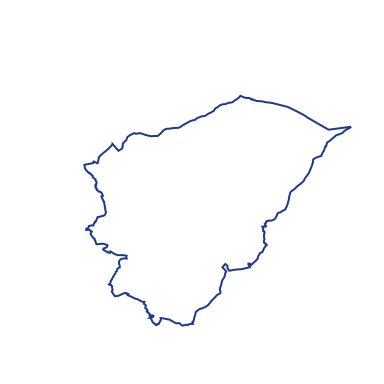 outline of Bengesti-Ciocadia, Gorj, Romania, rotated 209°
{"feature_id": "2599482B44162004756162", "entity_name": "Bengesti-Ciocadia", "entity_type": "district", "adm_level": 2, "iso_a3": "ROU", "parent_name": "Romania", "parent_adm1": "Gorj", "projection": "orthographic", "projection_center": [23.617, 45.092], "detail": "fine", "context": "isolated", "style": "outline", "palette": "blue", "viewbox_px": 384, "rotation_deg": 209, "n_neighbors": 0, "source": "geoboundaries", "source_scale": "gbopen_adm2", "svg_char_len": 5990}
<svg xmlns="http://www.w3.org/2000/svg" viewBox="0 0 384 384"><g transform="rotate(209 192 192)"><path d="M196.3,299.6L196.4,298.6L197.0,296.8L197.9,294.6L199.2,292.5L199.6,291.6L199.9,290.4L200.8,289.5L203.5,287.5L205.2,285.3L208.1,283.2L209.7,281.3L210.4,279.3L212.1,276.4L212.3,273.6L214.2,270.2L215.1,269.3L215.8,268.1L217.1,265.5L218.1,264.3L219.6,263.3L221.0,262.0L223.8,258.3L223.9,257.3L224.1,256.9L227.9,253.2L229.2,250.9L231.0,248.4L231.6,247.1L232.2,246.4L233.6,243.5L234.9,241.6L239.7,238.7L241.0,237.5L243.1,236.0L244.3,235.4L245.3,234.5L246.1,233.3L246.9,231.6L247.9,227.5L248.4,226.6L248.6,225.5L249.3,224.2L252.4,222.6L254.5,221.0L255.9,220.7L257.0,220.2L258.2,220.0L260.6,219.3L262.6,219.0L265.8,218.3L267.2,217.6L267.9,216.7L268.7,216.1L269.8,215.6L271.2,215.5L272.3,213.7L273.6,212.1L275.1,208.7L275.1,207.9L274.6,205.6L274.6,205.0L275.3,203.8L275.4,202.5L276.1,200.9L275.9,200.5L274.8,198.9L275.0,198.4L274.9,198.1L274.7,197.5L274.1,196.8L274.3,195.9L276.3,192.4L284.9,195.5L284.7,195.0L284.7,194.5L285.1,192.8L285.6,191.2L285.8,190.0L287.2,186.2L289.0,181.8L289.8,179.4L290.3,176.9L289.8,176.2L288.5,171.5L289.6,171.2L291.8,171.2L292.8,171.0L292.4,169.4L299.3,163.6L297.2,160.9L295.8,160.1L295.1,159.6L294.0,159.6L293.0,159.0L291.6,158.8L291.3,158.8L291.0,159.2L290.8,159.1L290.7,158.6L288.7,158.6L288.5,158.3L287.9,158.3L287.7,158.0L286.6,157.9L286.3,157.2L285.4,156.9L285.2,156.6L282.5,156.2L282.4,155.8L281.7,155.3L281.4,154.9L280.1,154.3L279.8,153.5L279.9,152.9L279.6,152.3L279.6,152.0L279.3,151.7L279.7,151.3L279.2,151.0L279.2,150.5L279.3,149.9L279.2,149.7L278.9,149.7L277.4,149.0L277.3,148.4L276.7,148.5L276.1,148.1L275.8,147.5L275.5,147.6L274.6,147.5L273.9,147.1L272.7,147.7L272.4,147.5L271.2,147.6L270.2,147.1L268.0,145.4L268.4,144.6L269.0,144.2L267.7,143.0L265.8,141.8L265.1,141.2L264.6,140.6L264.2,140.8L258.7,133.8L257.8,133.2L257.6,132.9L257.2,131.4L257.1,129.8L257.4,129.4L257.6,128.7L257.9,128.3L259.1,127.4L259.9,126.3L260.8,125.7L261.3,124.9L262.4,124.3L262.0,121.5L261.9,118.9L262.5,118.8L262.3,115.6L262.0,114.8L263.4,114.3L265.7,112.2L265.7,111.9L265.3,110.9L265.3,110.6L265.6,109.9L266.7,108.5L266.6,108.2L266.0,107.4L265.8,107.5L264.9,108.5L263.8,109.1L263.2,108.9L262.3,109.0L262.1,109.2L261.9,109.2L261.8,108.9L261.4,108.5L260.4,108.6L260.6,106.8L260.0,105.8L258.8,105.2L257.7,104.8L256.2,103.9L254.7,103.9L254.1,103.5L254.1,103.1L252.8,102.4L251.8,101.2L250.3,100.1L249.6,100.3L246.8,102.4L244.2,103.8L240.4,104.5L240.0,104.4L239.7,102.8L240.4,101.6L242.1,99.5L242.0,99.1L241.6,98.6L241.0,98.4L236.6,98.4L236.7,98.8L236.4,98.9L234.3,98.8L234.3,99.9L234.5,100.5L229.8,100.2L226.5,100.7L221.6,103.4L218.3,104.5L218.1,103.6L217.6,102.8L216.9,102.2L219.4,100.8L220.8,99.8L221.8,98.5L222.2,96.6L222.1,95.8L221.3,94.3L220.8,93.7L219.4,92.4L218.6,91.0L219.2,90.4L220.0,88.5L219.4,86.8L219.5,86.2L220.0,85.2L219.5,84.0L219.8,82.4L219.7,80.9L219.9,79.3L219.7,76.9L219.8,75.8L220.0,75.1L219.5,73.8L219.4,73.1L219.6,71.6L219.8,70.9L218.8,70.9L217.8,71.5L216.3,70.9L216.1,70.3L214.1,68.0L213.8,67.2L214.0,66.2L211.5,64.6L208.8,63.5L206.2,65.4L202.6,70.2L201.3,71.5L198.9,71.9L198.7,71.9L199.2,71.2L199.1,70.8L198.0,70.7L197.5,70.6L196.1,70.9L190.0,71.2L186.9,72.0L186.1,71.8L182.8,71.9L181.7,72.1L180.4,72.8L180.0,70.9L178.8,70.9L177.3,70.4L177.0,68.7L176.7,68.0L176.5,67.8L176.0,67.9L175.8,67.6L174.4,67.6L174.2,67.1L173.2,66.5L173.5,65.5L169.9,64.8L169.2,63.3L167.2,64.8L165.8,65.1L165.5,63.6L166.4,63.1L167.5,63.0L167.6,62.2L167.9,61.5L167.4,61.8L167.1,61.7L165.9,61.0L163.5,59.2L162.1,58.8L160.5,58.7L160.1,58.3L158.8,58.3L158.3,58.6L158.5,59.3L158.3,59.8L157.1,60.5L156.9,61.0L157.3,62.4L157.2,64.3L157.3,65.3L157.6,65.8L158.3,66.5L156.5,67.4L152.6,68.5L150.0,69.5L142.7,69.4L141.8,69.7L140.2,70.8L139.1,71.1L136.6,70.5L135.6,70.5L134.3,71.5L132.9,73.0L131.0,73.7L130.2,75.2L129.5,75.9L127.2,77.1L127.8,77.7L128.2,77.8L128.7,78.8L128.5,79.1L128.0,79.3L128.4,80.6L128.4,81.1L128.5,81.6L129.1,83.0L129.3,84.5L130.0,87.5L130.5,88.5L130.4,89.2L130.2,90.0L129.3,91.7L129.2,92.3L128.8,93.1L127.1,94.8L124.9,97.4L123.5,99.9L123.3,100.7L123.0,101.4L122.0,107.0L121.5,108.3L120.1,114.1L118.4,116.8L118.2,117.7L118.4,118.2L120.5,120.4L120.9,121.6L121.4,124.3L122.0,126.9L122.5,128.0L122.7,130.0L122.4,132.9L122.6,133.6L122.7,134.8L123.5,137.1L123.6,137.5L123.4,138.9L124.2,139.4L127.5,140.5L128.8,140.8L128.2,144.6L127.8,145.2L125.4,144.5L124.9,144.1L124.4,142.9L121.3,141.2L116.2,145.3L111.3,148.5L104.9,154.3L106.1,155.2L107.0,155.6L106.7,155.9L107.8,156.8L106.7,157.5L104.9,156.6L103.9,159.9L102.7,163.2L102.7,163.9L102.2,165.3L102.3,165.8L102.7,166.5L103.0,168.1L102.8,170.6L103.1,171.3L101.5,173.3L101.3,173.8L101.5,176.2L101.8,177.2L101.6,178.3L101.5,180.4L100.9,181.8L101.4,182.3L102.7,182.1L103.3,182.7L103.8,182.8L104.6,182.6L105.0,183.2L105.6,184.8L105.7,185.5L105.8,186.0L106.9,187.1L107.8,188.4L108.0,189.4L108.3,189.8L108.9,191.0L108.8,191.3L108.9,191.5L108.9,191.9L109.7,192.5L110.0,192.6L110.8,192.3L111.1,192.7L111.2,193.2L111.7,193.6L112.0,194.9L113.7,195.8L112.6,196.7L110.7,197.5L110.8,198.0L111.6,197.8L111.8,198.4L112.9,199.5L112.3,200.0L112.6,201.5L112.7,202.6L111.6,203.1L111.7,203.6L111.2,204.0L108.4,205.7L107.0,207.6L106.6,208.4L106.4,209.2L106.4,213.0L106.7,213.9L106.7,214.9L106.5,215.6L105.2,216.7L101.9,222.2L102.4,227.2L103.9,233.1L104.5,234.2L105.8,239.2L105.6,240.2L105.4,241.1L103.8,244.2L102.5,248.8L101.4,250.8L99.7,255.4L99.6,256.5L99.9,257.9L99.0,265.3L99.9,273.3L100.7,276.8L101.8,279.2L100.5,281.6L99.7,282.8L96.4,286.3L96.8,288.2L96.7,291.9L97.0,294.1L97.5,296.5L96.9,296.7L97.8,300.8L96.3,303.6L93.4,311.5L89.2,316.2L88.4,318.9L87.5,320.9L84.7,325.3L85.2,325.7L102.3,313.0L103.4,312.7L127.2,313.1L130.1,313.5L138.8,313.4L149.6,312.8L165.1,308.7L169.7,306.9L170.8,306.3L173.5,305.6L174.1,305.5L179.7,302.9L183.7,302.4L183.7,302.1L184.1,301.8L184.4,302.0L185.0,301.9L185.2,302.2L185.8,301.9L187.7,302.0L188.7,301.2L189.8,300.9L191.0,300.1L191.5,300.1L196.3,299.6Z" fill="none" stroke="#1e3a8a" stroke-width="2"/></g></svg>